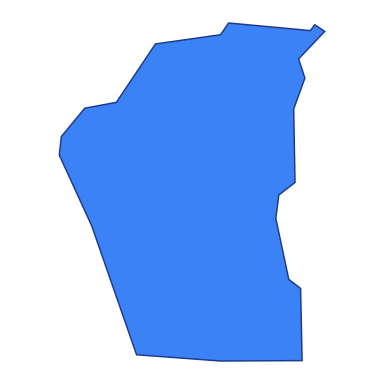 Bor South, Jonglei, South Sudan
{"feature_id": "79223893B93297305003737", "entity_name": "Bor South", "entity_type": "district", "adm_level": 2, "iso_a3": "SSD", "parent_name": "South Sudan", "parent_adm1": "Jonglei", "projection": "equal_earth", "projection_center": [32.094, 6.474], "detail": "fine", "context": "isolated", "style": "filled", "palette": "blue", "viewbox_px": 384, "rotation_deg": 0, "n_neighbors": 0, "source": "geoboundaries", "source_scale": "gbopen_adm2", "svg_char_len": 418}
<svg xmlns="http://www.w3.org/2000/svg" viewBox="0 0 384 384"><path d="M220.6,361.0L302.1,360.6L300.6,288.5L288.8,279.4L275.8,218.4L278.8,195.0L295.0,182.5L293.7,109.0L304.9,78.1L298.6,58.9L324.7,31.4L314.7,24.7L310.4,30.6L228.6,23.0L220.6,34.7L155.5,43.9L155.3,44.2L116.4,102.3L84.8,108.2L61.3,136.6L59.3,155.1L72.4,183.7L91.7,225.8L136.6,354.8L220.6,361.0Z" fill="#3b82f6" stroke="#1e3a8a" stroke-width="1.5"/></svg>